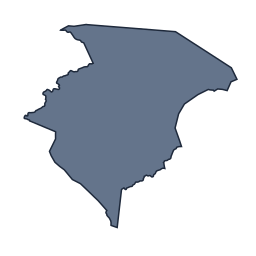 the district of Errard, Praslin, Saint Lucia, rotated 95°
{"feature_id": "8701671B19150990882958", "entity_name": "Errard", "entity_type": "district", "adm_level": 2, "iso_a3": "LCA", "parent_name": "Saint Lucia", "parent_adm1": "Praslin", "projection": "natural_earth1", "projection_center": [-60.937, 13.893], "detail": "fine", "context": "isolated", "style": "filled", "palette": "slate", "viewbox_px": 256, "rotation_deg": 95, "n_neighbors": 0, "source": "geoboundaries", "source_scale": "gbopen_adm2", "svg_char_len": 5456}
<svg xmlns="http://www.w3.org/2000/svg" viewBox="0 0 256 256"><g transform="rotate(95 128 128)"><path d="M129.5,226.6L138.0,199.9L138.2,199.7L140.1,199.7L145.2,199.2L158.1,204.2L162.3,202.1L168.5,197.8L172.2,192.7L175.2,187.8L184.2,178.9L187.6,170.5L197.4,158.3L199.8,155.4L202.8,151.6L204.5,149.8L211.5,142.5L211.9,141.9L213.4,142.5L213.8,142.6L214.4,142.6L215.3,142.0L215.7,141.6L216.6,141.5L217.5,140.8L219.3,138.8L222.0,137.1L223.9,136.6L226.1,136.5L226.5,136.4L228.1,130.1L189.9,129.1L189.3,128.6L189.0,128.0L188.3,127.3L188.1,126.8L188.3,126.4L189.1,125.8L189.4,125.4L189.5,124.9L189.3,124.5L188.5,124.2L187.9,124.0L187.6,123.3L186.2,120.7L186.0,119.7L185.8,119.0L185.6,118.7L185.0,118.4L184.3,118.1L184.2,118.0L183.8,117.3L183.5,116.8L182.9,116.4L182.2,116.1L181.4,115.7L181.2,115.4L181.2,115.2L181.1,114.2L181.0,113.5L180.7,112.8L180.2,112.0L179.8,111.6L179.6,110.7L179.6,110.1L179.4,109.3L179.2,108.9L178.8,108.5L178.2,108.2L177.2,108.3L176.8,108.1L175.6,107.6L174.7,107.6L174.6,107.4L174.4,106.9L174.2,106.7L174.1,106.4L173.6,106.0L173.4,105.6L173.4,105.4L174.0,104.0L174.0,103.7L173.5,102.5L173.5,101.8L173.5,101.7L174.6,100.3L174.5,99.7L174.6,99.4L174.3,98.9L174.2,98.7L173.8,98.5L172.9,98.4L172.1,98.2L171.8,97.8L171.6,97.5L171.2,97.0L170.8,96.8L169.9,96.5L168.6,96.0L168.4,95.6L168.0,95.3L166.9,92.6L166.6,92.0L166.3,91.7L165.8,91.3L165.4,90.6L165.1,90.0L165.0,89.4L165.0,88.4L165.1,87.8L163.3,88.4L161.4,88.9L160.5,89.1L160.0,89.2L159.6,89.3L159.4,89.6L158.9,89.3L158.2,88.9L157.8,88.9L157.5,88.5L157.3,88.1L157.1,86.9L156.9,86.3L156.8,86.1L156.6,85.8L156.0,85.2L155.8,85.0L155.7,84.8L155.5,84.0L155.4,83.7L155.0,83.3L154.7,83.0L154.2,82.7L152.8,82.6L152.1,82.5L150.9,82.1L149.4,81.7L147.2,81.0L146.5,80.8L146.2,80.7L145.8,80.3L145.2,79.7L145.0,79.3L144.6,78.7L144.4,78.3L144.3,78.2L144.0,78.1L143.3,77.9L143.1,77.9L142.7,77.3L142.6,77.0L142.4,76.5L142.1,75.5L141.8,73.1L136.4,75.4L123.9,81.1L109.5,78.8L99.2,73.9L88.6,61.2L82.6,51.4L82.9,49.6L82.9,46.2L83.8,45.4L81.3,42.1L81.3,37.2L82.1,32.5L73.0,29.4L70.0,23.7L59.0,30.3L27.9,89.1L28.6,178.0L28.5,178.6L31.4,190.6L31.4,196.2L36.2,203.6L36.4,203.7L36.4,202.6L36.3,201.7L36.3,201.2L36.2,200.4L36.0,199.6L36.0,199.3L36.0,198.9L36.0,198.7L36.4,198.2L36.6,198.0L36.9,197.8L37.2,197.6L37.4,197.3L37.6,197.0L37.7,196.6L37.8,196.4L37.9,196.1L37.8,195.7L37.5,194.7L37.5,194.0L37.5,193.8L37.6,193.6L37.8,193.4L38.0,193.2L38.7,192.6L40.0,191.5L40.6,191.0L42.2,189.8L43.1,188.9L43.4,188.6L43.7,188.2L44.0,187.5L44.2,187.1L44.3,186.6L44.4,186.4L44.6,185.2L44.6,184.5L44.6,184.0L44.8,183.5L44.9,183.1L45.1,182.8L45.5,182.5L46.0,182.2L46.3,181.9L46.6,181.3L46.6,181.1L46.6,180.9L47.0,179.5L66.6,168.3L67.0,169.0L67.1,169.4L67.3,170.0L67.3,170.5L67.3,171.7L67.4,171.9L67.6,172.1L68.3,172.7L69.0,173.0L70.2,173.5L70.4,173.7L70.5,174.1L70.6,175.3L70.7,175.8L70.9,176.7L71.0,177.1L71.4,177.8L72.2,179.3L73.5,182.1L73.7,182.3L73.8,182.5L74.2,182.7L74.4,182.7L75.1,182.8L75.4,182.9L75.7,183.0L76.0,183.3L76.2,183.6L76.3,183.8L76.3,184.6L76.3,185.0L76.7,186.2L76.7,186.8L76.7,187.1L76.5,187.9L76.2,188.6L76.1,188.9L75.9,189.3L75.8,189.9L75.9,190.1L75.9,190.3L76.0,190.5L76.5,190.7L77.0,191.2L77.6,191.6L78.2,192.2L78.4,192.3L78.6,192.4L78.9,192.4L79.0,192.3L79.4,192.2L79.8,192.2L79.9,192.3L80.1,192.5L80.3,192.8L80.5,193.1L80.7,193.9L81.4,195.1L81.5,195.5L81.8,196.6L82.1,197.1L82.3,197.3L82.8,197.9L83.1,198.4L83.1,198.6L83.1,199.4L83.3,199.7L83.4,199.9L83.6,200.2L84.0,200.7L84.2,201.0L84.4,201.4L84.7,201.7L84.9,201.9L85.3,202.1L85.9,202.2L86.3,202.3L86.7,202.3L86.9,202.4L88.5,203.1L88.8,203.1L89.2,203.1L89.4,203.0L89.6,202.8L89.7,202.2L90.0,201.7L90.4,201.2L90.6,201.0L90.7,200.5L91.1,200.2L91.4,200.0L91.5,200.0L91.8,200.1L92.1,200.5L92.3,200.6L92.5,200.8L92.8,200.8L93.0,200.7L93.5,200.1L93.8,199.8L93.9,199.7L94.7,199.7L94.9,199.7L95.0,199.9L95.3,200.1L95.5,200.4L95.6,200.6L95.7,200.8L95.7,201.1L95.5,202.1L95.4,203.2L95.3,203.8L95.3,204.6L95.5,205.4L95.6,205.6L96.1,205.9L96.4,205.9L96.7,206.0L97.2,206.1L97.5,206.1L97.9,206.3L98.2,206.5L98.5,206.8L98.7,207.1L98.7,207.3L98.8,207.4L98.8,207.5L98.6,207.9L98.0,208.6L97.3,209.6L97.1,210.0L96.9,210.6L96.7,211.2L96.6,211.5L96.8,212.1L97.3,212.4L97.7,212.6L98.3,213.2L98.7,213.7L99.4,214.9L99.5,215.1L99.9,215.4L100.4,215.6L100.7,215.7L100.8,215.7L101.0,215.7L101.5,215.7L101.8,215.5L102.1,215.2L102.2,214.7L102.6,213.7L102.9,213.1L103.0,212.9L103.5,212.7L104.0,212.6L104.4,212.5L105.4,212.5L105.8,212.5L106.4,212.7L106.7,212.7L106.9,212.5L107.2,212.1L107.6,212.0L107.9,212.0L108.2,212.0L108.8,212.0L109.1,212.2L109.5,212.5L110.0,212.7L110.2,212.8L110.6,212.9L111.1,213.0L111.4,213.0L111.9,212.9L112.5,212.8L113.0,213.0L113.3,213.0L113.6,213.2L113.7,213.6L114.0,214.5L114.3,214.9L115.2,215.7L115.5,216.1L115.8,216.4L116.1,216.9L116.5,217.7L117.1,218.7L117.4,219.2L117.8,219.6L118.1,220.1L118.5,220.9L118.5,221.0L119.0,221.5L120.0,222.0L120.5,222.8L120.6,223.0L120.8,223.8L120.9,224.5L121.2,226.1L121.3,228.0L121.5,228.4L121.8,228.7L122.1,228.8L122.4,228.9L122.5,228.9L123.1,228.9L123.4,228.9L124.1,228.9L124.5,228.9L124.6,229.0L124.7,229.3L124.8,229.8L124.6,230.1L124.4,230.4L124.3,230.7L124.3,231.1L124.4,231.4L124.5,231.5L124.9,231.7L125.4,232.0L125.7,232.1L126.5,232.3L126.8,232.3L127.1,232.3L127.2,232.2L127.4,232.1L127.6,231.8L127.7,230.7L127.8,229.8L127.8,229.7L127.9,229.4L128.0,228.9L128.3,228.5L128.4,228.2L128.5,228.1L128.5,227.7L128.6,227.2L128.8,226.8L129.2,226.6L129.5,226.6Z" fill="#64748b" stroke="#1e293b" stroke-width="1.5"/></g></svg>